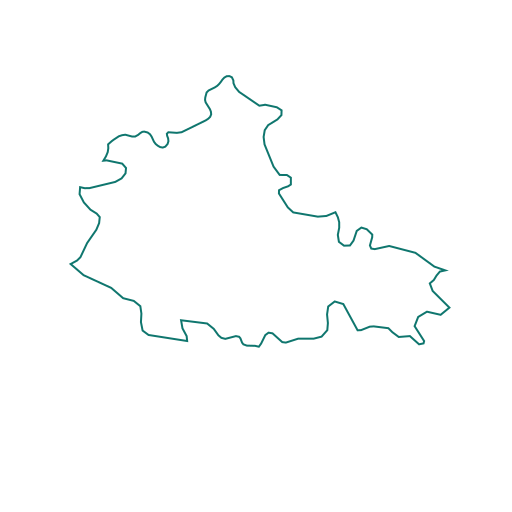 an SVG outline of Tarn-et-Garonne, rotated 39°
{"feature_id": "FRA-5347", "entity_name": "Tarn-et-Garonne", "entity_type": "Metropolitan department", "adm_level": 1, "iso_a3": "FRA", "parent_name": "France", "parent_adm1": "", "projection": "orthographic", "projection_center": [1.243, 44.083], "detail": "fine", "context": "isolated", "style": "outline", "palette": "teal", "viewbox_px": 512, "rotation_deg": 39, "n_neighbors": 0, "source": "natural_earth", "source_scale": "10m", "svg_char_len": 2357}
<svg xmlns="http://www.w3.org/2000/svg" viewBox="0 0 512 512"><g transform="rotate(39 256 256)"><path d="M441.2,218.5L438.3,222.0L426.0,221.4L417.9,229.1L409.9,229.4L404.3,228.8L391.8,236.6L388.9,239.3L384.3,247.5L381.7,249.8L354.1,238.4L345.8,241.8L343.9,249.8L348.0,256.7L354.1,262.9L358.1,268.8L357.7,277.4L352.8,284.0L340.8,293.7L333.7,304.5L330.6,306.4L317.5,305.7L314.0,307.7L313.0,311.6L315.1,320.9L315.3,324.7L311.8,326.4L305.3,331.4L301.8,332.6L299.7,332.1L295.7,329.8L293.7,329.4L290.8,330.9L284.3,339.7L280.6,341.4L276.7,341.3L269.0,339.2L260.5,339.2L238.2,353.1L244.4,358.5L252.5,361.9L256.0,365.4L222.2,385.0L214.8,385.3L208.2,379.8L203.2,372.9L197.7,367.8L189.3,367.8L179.3,372.4L163.6,371.9L134.1,379.4L117.0,378.9L119.8,372.1L120.3,367.4L116.6,352.2L115.4,336.1L113.4,329.2L110.1,324.1L105.5,323.3L98.2,324.2L88.5,322.7L80.0,319.0L76.0,313.2L80.2,311.1L83.9,308.0L100.0,287.0L102.7,280.3L102.6,273.9L99.6,269.4L93.9,268.4L79.7,275.7L77.4,278.0L76.7,273.0L75.4,268.6L73.4,265.2L70.8,262.3L71.6,257.6L72.2,255.2L74.1,249.2L75.9,246.4L78.1,244.0L84.6,241.1L86.9,239.2L88.2,236.0L88.7,233.4L89.5,231.1L90.8,229.7L94.1,228.2L97.0,228.1L99.7,228.9L104.8,231.4L107.6,232.1L110.3,232.1L112.9,231.7L115.3,230.4L116.7,228.1L116.8,224.6L115.7,221.9L113.7,219.9L111.3,218.5L109.8,217.1L110.0,215.0L117.0,210.1L120.3,206.6L131.6,182.2L132.5,179.4L132.8,176.7L132.0,174.1L130.1,172.2L127.8,170.9L120.2,168.3L118.2,166.8L116.8,164.7L114.7,160.0L115.0,157.2L117.9,150.9L118.8,148.1L119.1,145.5L119.1,142.8L118.9,140.0L119.1,137.3L120.1,134.7L122.2,132.9L124.8,132.3L127.9,133.8L129.8,135.9L133.6,137.9L139.6,139.1L164.0,137.1L167.9,132.8L167.9,132.7L178.6,127.3L184.2,126.7L187.1,130.5L186.7,136.4L183.1,146.6L183.6,152.7L187.0,158.7L192.4,163.9L213.4,175.5L223.4,178.1L229.1,173.6L233.8,173.2L238.1,178.5L237.1,181.6L234.3,186.1L232.5,190.4L234.5,193.0L250.1,198.2L257.5,198.7L279.3,186.5L285.5,180.6L290.2,172.0L295.3,174.4L299.4,177.4L302.9,181.7L306.3,188.1L311.5,192.8L317.9,192.6L322.4,188.7L322.1,182.7L318.5,173.1L320.0,167.6L325.2,165.5L332.9,166.2L334.5,168.3L337.9,176.1L340.9,177.7L344.0,175.9L353.2,164.4L377.9,153.2L401.3,152.0L412.1,148.1L408.7,152.4L408.6,157.5L409.3,162.8L408.3,167.9L415.3,172.0L438.8,174.4L436.5,185.5L423.9,191.7L420.4,201.3L423.4,210.7L440.2,216.3L441.2,218.5Z" fill="none" stroke="#0f766e" stroke-width="2"/></g></svg>